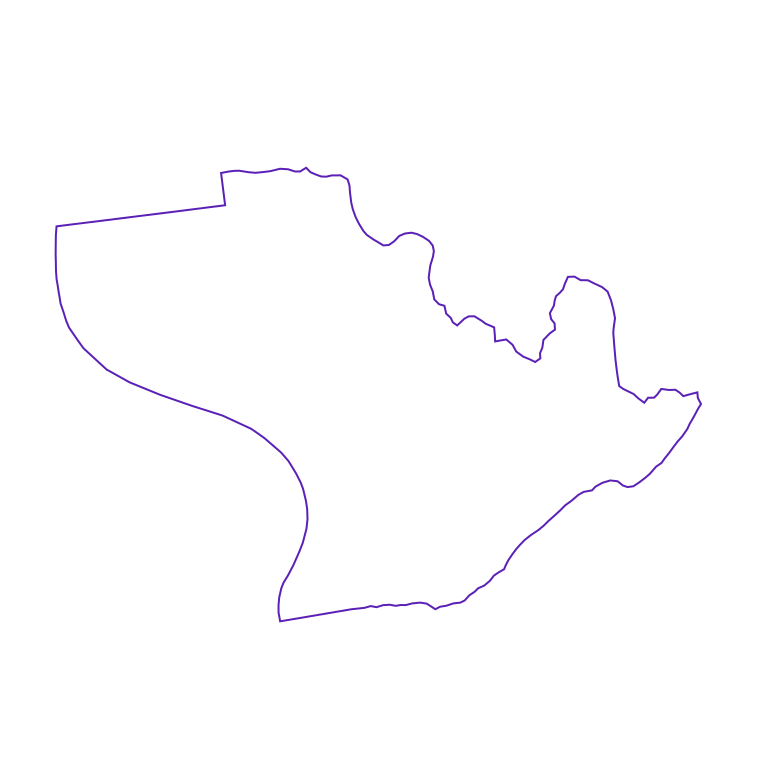 outline of Salvador, Bahia, Brazil, rotated 353°
{"feature_id": "56859067B88878728392294", "entity_name": "Salvador", "entity_type": "district", "adm_level": 2, "iso_a3": "BRA", "parent_name": "Brazil", "parent_adm1": "Bahia", "projection": "albers", "projection_center": [-38.466, -12.875], "detail": "fine", "context": "isolated", "style": "outline", "palette": "violet", "viewbox_px": 768, "rotation_deg": 353, "n_neighbors": 0, "source": "geoboundaries", "source_scale": "gbopen_adm2", "svg_char_len": 2922}
<svg xmlns="http://www.w3.org/2000/svg" viewBox="0 0 768 768"><g transform="rotate(353 384 384)"><path d="M333.1,159.9L326.7,162.8L321.5,162.2L315.0,159.2L307.1,157.7L297.1,158.9L288.7,158.9L282.1,158.7L275.9,157.4L266.4,154.7L261.5,154.2L255.5,154.2L248.0,154.7L248.1,187.2L196.3,187.4L78.2,187.6L76.5,196.0L75.2,205.4L73.8,216.0L73.3,221.6L72.2,231.8L71.8,240.4L72.1,245.8L72.3,253.2L72.6,258.7L72.8,264.7L74.6,273.3L76.3,282.7L78.3,289.7L85.2,303.0L90.0,311.8L110.4,335.8L131.6,351.3L160.4,367.4L191.2,382.5L220.0,395.7L246.7,412.3L252.9,417.8L258.8,423.2L273.7,439.7L279.9,449.0L285.8,462.0L289.3,471.7L290.9,478.3L292.3,490.5L292.5,498.8L291.6,508.8L289.4,518.2L284.1,531.6L279.4,540.3L272.0,552.7L265.3,562.4L260.1,568.9L257.1,574.4L253.9,583.4L252.3,591.0L251.5,598.1L252.0,606.9L324.3,603.6L337.3,603.8L343.7,602.8L349.4,604.6L356.1,603.4L362.9,603.8L368.6,605.6L373.8,605.4L378.6,606.1L385.2,605.2L393.4,605.4L399.6,607.2L404.0,610.8L407.5,613.8L412.5,611.9L418.7,611.7L426.2,610.2L433.1,610.3L437.7,608.7L443.0,604.1L448.6,601.3L452.4,598.3L458.9,596.3L465.2,592.2L469.7,587.6L474.7,585.0L480.6,582.5L482.9,578.5L485.9,574.1L490.5,568.8L495.6,563.5L499.5,560.1L504.4,556.1L511.4,551.8L519.6,547.7L525.2,544.1L530.5,540.0L536.6,535.8L543.2,531.1L549.2,526.4L555.4,523.0L559.7,520.2L563.4,517.7L569.1,515.4L577.5,514.9L581.5,511.6L588.7,508.7L596.8,507.3L604.0,509.0L608.8,513.9L613.2,516.0L619.1,515.9L625.6,512.6L631.6,509.1L637.0,505.5L644.0,499.2L649.9,496.1L653.6,492.0L658.1,487.7L663.8,481.6L668.5,476.8L673.7,472.2L679.6,465.6L682.6,460.7L686.6,455.5L689.6,451.3L692.9,446.6L696.2,442.5L693.8,436.1L694.0,430.5L689.1,431.1L679.6,432.5L676.3,428.5L672.5,425.2L666.3,424.7L658.6,422.7L654.0,427.7L650.4,430.5L644.5,429.8L640.0,434.3L634.6,429.2L630.6,424.4L625.2,420.9L620.9,418.1L617.2,414.7L616.8,405.1L616.7,398.8L616.7,388.6L617.2,374.6L617.5,368.2L617.8,361.3L618.7,356.6L621.3,346.9L620.7,337.7L619.5,328.5L617.2,319.6L612.3,314.4L604.4,309.5L599.1,305.9L591.8,304.9L586.1,300.6L579.6,300.1L575.7,306.6L573.2,311.8L569.5,315.0L565.4,317.8L563.5,322.2L562.2,326.9L557.3,333.9L557.8,340.0L560.7,344.6L560.3,350.9L554.8,353.9L547.6,359.7L545.6,367.2L542.6,372.5L542.3,377.6L536.7,380.6L532.2,377.6L525.5,373.8L519.2,367.9L516.4,360.8L510.8,354.7L504.5,355.0L499.5,355.3L500.0,348.3L500.2,341.2L492.3,336.6L488.6,333.1L482.0,327.8L476.2,327.2L471.7,329.0L463.8,334.8L459.9,331.3L458.3,326.5L454.3,321.7L453.5,313.7L448.3,311.5L444.2,306.1L443.7,298.2L441.8,290.9L441.3,284.0L444.3,272.3L448.2,263.4L449.7,258.1L449.2,252.5L446.2,247.5L440.5,242.6L435.1,239.2L429.8,237.2L423.1,237.2L417.2,238.9L411.5,243.6L405.8,246.6L400.3,246.4L395.7,242.8L390.7,238.9L385.2,234.0L382.3,229.8L378.8,222.2L376.1,214.6L374.3,206.5L373.6,200.1L373.6,190.0L373.9,182.6L372.8,176.5L366.3,171.6L357.4,170.6L352.2,171.2L347.0,170.4L341.9,167.8L336.8,164.8L333.1,159.9Z" fill="none" stroke="#5b21b6" stroke-width="2"/></g></svg>